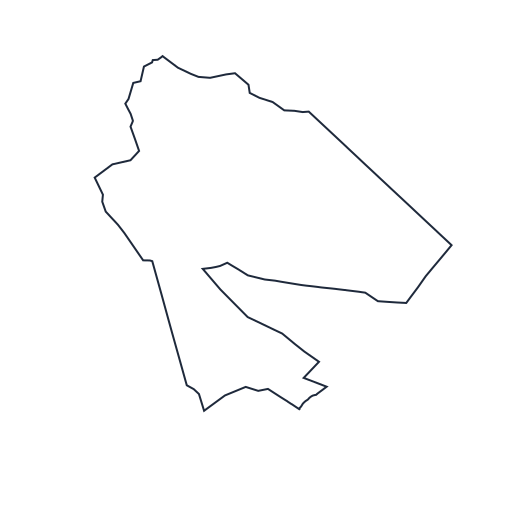 Teotitlán del Valle, Oaxaca, Mexico, rotated 291°
{"feature_id": "50627088B43819232792449", "entity_name": "Teotitlán del Valle", "entity_type": "district", "adm_level": 2, "iso_a3": "MEX", "parent_name": "Mexico", "parent_adm1": "Oaxaca", "projection": "robinson", "projection_center": [-96.539, 17.051], "detail": "fine", "context": "isolated", "style": "outline", "palette": "slate", "viewbox_px": 512, "rotation_deg": 291, "n_neighbors": 0, "source": "geoboundaries", "source_scale": "gbopen_adm2", "svg_char_len": 2256}
<svg xmlns="http://www.w3.org/2000/svg" viewBox="0 0 512 512"><g transform="rotate(291 256 256)"><path d="M409.1,97.1L407.6,96.3L404.0,93.9L401.9,89.4L399.5,89.6L392.7,83.5L377.8,85.6L373.6,79.4L356.9,80.7L351.4,79.4L347.1,84.2L343.8,88.0L338.3,92.5L337.5,92.7L331.8,92.5L321.7,101.2L312.2,109.2L300.4,104.5L290.1,89.1L271.4,77.3L258.4,91.1L251.6,93.0L243.6,99.8L235.7,115.9L230.3,124.8L211.5,152.2L213.8,158.5L214.0,161.0L185.4,182.2L166.1,196.4L154.2,205.2L130.7,222.7L114.8,234.5L110.5,237.7L109.4,245.6L106.7,252.2L92.9,263.0L103.5,269.8L114.7,277.0L130.1,293.3L130.9,306.4L136.2,314.8L134.5,322.8L133.2,329.0L131.9,335.6L131.8,336.3L131.7,336.7L131.6,337.3L131.4,337.9L131.3,338.2L131.2,338.6L131.1,339.2L131.0,339.7L130.9,340.3L130.7,340.8L130.6,341.5L130.5,342.1L130.4,342.7L130.4,343.1L130.3,343.3L128.3,352.1L128.6,351.7L129.4,351.0L129.7,351.2L130.6,351.6L131.3,351.9L131.9,352.1L132.6,352.2L133.1,352.3L133.6,352.4L134.1,352.5L134.5,352.6L134.9,352.6L135.3,352.8L136.0,353.1L137.1,353.6L138.4,354.3L139.2,354.9L139.6,355.2L140.2,355.6L140.8,356.0L142.3,356.5L143.8,357.3L144.7,357.9L145.8,358.8L146.4,359.5L146.8,360.1L147.4,360.9L147.8,361.7L148.1,362.0L148.6,362.2L148.9,362.4L149.1,362.4L155.1,366.2L159.3,368.8L159.3,344.2L179.8,352.7L184.1,335.4L187.8,323.6L193.0,308.2L193.6,300.0L194.3,291.6L196.0,270.1L212.0,234.7L224.9,210.9L228.8,218.3L231.4,222.5L233.8,226.0L239.4,231.6L238.4,237.1L237.3,243.6L235.0,255.3L237.2,272.6L239.8,282.6L240.9,288.3L242.3,295.1L244.2,304.2L245.2,308.9L246.4,313.8L247.4,317.5L248.5,321.8L249.3,325.0L249.8,327.2L250.2,328.8L252.9,338.7L253.8,342.1L254.1,343.4L256.0,350.9L256.3,351.8L256.4,352.5L257.4,356.5L258.6,361.3L259.6,365.3L260.1,367.7L260.9,371.0L260.8,371.7L258.8,380.3L257.5,386.0L260.0,394.2L263.1,404.2L265.8,412.5L265.9,413.0L266.0,413.1L270.3,414.3L273.2,415.1L277.4,416.3L284.8,418.4L298.0,421.7L308.6,425.3L310.9,426.1L313.2,426.9L317.3,428.3L324.6,430.8L331.1,433.0L336.2,434.7L341.3,422.1L352.1,395.5L360.3,375.3L367.4,357.7L380.3,325.9L396.2,286.9L409.7,253.5L407.1,248.0L405.3,239.8L402.1,230.2L405.7,216.4L404.9,202.5L406.0,191.7L413.2,187.6L419.1,170.9L414.8,163.0L405.9,149.3L402.6,138.1L402.7,129.8L403.8,115.7L409.1,97.1Z" fill="none" stroke="#1e293b" stroke-width="2"/></g></svg>